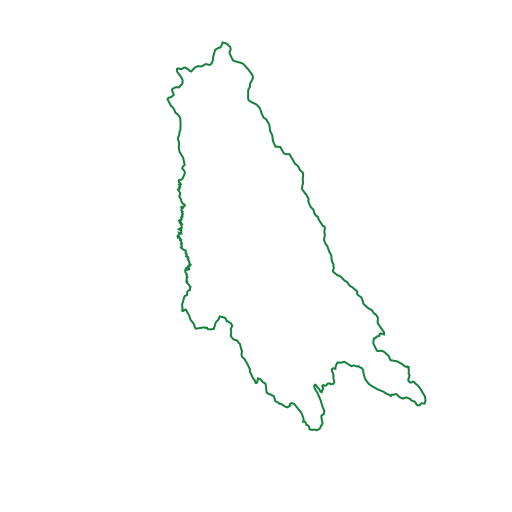 the district of Sukhirin, Narathiwat, Thailand, rotated 334°
{"feature_id": "78962969B83718835474136", "entity_name": "Sukhirin", "entity_type": "district", "adm_level": 2, "iso_a3": "THA", "parent_name": "Thailand", "parent_adm1": "Narathiwat", "projection": "equal_earth", "projection_center": [101.685, 5.911], "detail": "fine", "context": "isolated", "style": "outline", "palette": "green", "viewbox_px": 512, "rotation_deg": 334, "n_neighbors": 0, "source": "geoboundaries", "source_scale": "gbopen_adm2", "svg_char_len": 6099}
<svg xmlns="http://www.w3.org/2000/svg" viewBox="0 0 512 512"><g transform="rotate(334 256 256)"><path d="M165.7,272.7L166.2,273.5L169.0,273.1L169.4,273.5L169.8,280.5L169.2,284.4L170.3,289.7L169.8,293.8L170.1,295.0L177.9,297.3L179.2,298.6L180.4,298.8L180.6,300.5L182.5,301.9L186.2,303.0L190.8,298.0L194.5,296.6L197.0,294.4L200.7,297.5L201.3,299.4L201.2,301.9L202.2,302.5L202.8,303.9L203.9,305.4L204.1,308.3L201.3,310.5L200.1,314.2L198.5,316.3L198.3,317.8L199.4,321.4L202.1,323.8L202.3,326.2L203.0,328.3L201.9,332.8L201.8,335.3L200.0,337.8L199.3,339.7L199.4,340.8L200.5,343.4L200.9,349.0L200.9,355.1L199.9,356.9L199.7,358.2L199.9,359.4L199.7,363.7L200.4,367.5L200.0,369.8L200.5,370.3L201.5,370.2L204.2,366.9L205.7,368.4L206.9,372.5L208.3,374.3L208.5,375.3L205.7,383.5L207.2,386.0L208.7,387.1L209.3,388.3L210.6,389.7L209.7,394.9L211.9,397.8L212.3,399.2L213.7,399.8L216.0,403.9L218.1,405.9L221.3,405.3L221.8,403.9L222.4,403.7L223.6,403.9L225.5,405.8L227.9,416.4L227.9,418.7L227.5,422.5L226.9,424.3L225.8,425.6L226.8,425.8L227.3,426.4L227.5,427.3L227.3,429.8L228.2,430.6L228.7,432.2L228.7,433.7L228.1,435.3L230.6,437.1L232.3,437.5L234.4,439.3L235.9,439.4L238.4,438.7L239.9,437.2L242.3,435.9L243.9,430.1L244.7,428.4L245.2,428.0L247.6,427.8L249.0,426.0L249.5,425.2L249.6,421.4L250.8,414.2L251.2,406.5L250.7,400.9L251.1,398.9L251.6,398.1L252.9,397.6L253.2,398.0L253.6,400.7L254.4,402.8L254.5,406.2L255.3,407.2L256.4,405.9L258.3,404.9L258.5,402.1L259.2,401.5L260.0,401.6L260.8,402.7L262.2,403.1L264.7,402.1L266.4,402.9L267.1,404.1L269.5,404.8L270.9,403.9L271.5,402.7L271.8,400.2L273.8,396.0L273.8,392.7L274.2,391.5L274.6,391.0L276.0,390.7L277.9,392.2L278.5,391.0L281.2,388.3L282.4,387.5L283.0,387.6L284.9,388.9L289.0,389.8L293.4,396.8L295.8,397.1L298.2,399.6L299.8,399.9L300.7,401.9L302.1,403.3L302.2,405.6L301.2,408.6L300.2,414.3L301.2,420.2L302.8,423.3L307.0,429.4L311.0,433.7L313.0,437.1L315.0,439.4L315.9,440.9L317.4,440.2L318.7,441.0L320.6,441.2L321.8,441.9L323.2,445.9L325.6,448.7L327.1,448.5L329.6,449.4L331.9,452.1L332.4,453.9L333.5,455.3L334.6,456.2L335.2,458.2L335.1,460.0L336.1,461.4L337.4,461.8L340.3,460.9L342.9,462.6L345.2,459.9L346.3,456.1L345.3,445.6L344.8,443.7L343.4,440.6L342.7,438.2L341.9,437.6L340.6,437.8L339.1,437.4L338.3,435.3L338.9,433.3L340.5,432.4L340.9,431.3L341.7,430.5L341.7,428.4L343.5,425.3L343.8,423.8L344.6,422.9L344.0,422.1L343.6,422.6L341.2,420.0L339.5,416.5L336.6,412.5L331.2,408.6L331.5,404.4L329.6,399.4L328.8,397.8L327.3,396.2L323.5,394.7L323.1,392.9L323.1,386.3L323.8,384.7L325.8,381.8L327.5,382.3L328.9,381.3L331.9,381.9L332.7,380.4L334.1,380.2L336.7,382.6L337.6,380.9L335.9,369.6L338.4,365.2L338.4,363.2L338.0,361.1L336.9,359.6L336.4,355.3L334.2,352.6L331.6,346.1L332.2,343.7L332.5,339.2L330.6,336.0L330.4,334.1L331.4,332.3L330.8,330.5L329.8,328.8L329.1,326.6L327.2,323.9L326.6,319.9L324.8,316.8L322.8,311.2L320.3,308.3L318.4,303.7L319.2,302.3L320.4,301.4L321.2,299.3L322.0,297.1L321.9,294.5L322.3,292.7L324.0,288.3L323.7,284.1L324.5,277.9L323.8,275.8L324.1,271.7L324.9,270.2L327.1,267.5L328.0,264.2L330.0,261.4L330.5,259.5L329.3,258.5L328.3,250.3L328.8,248.3L327.3,245.1L327.2,243.0L327.9,239.5L326.6,235.9L326.8,231.5L327.1,229.4L328.2,228.0L328.3,223.5L327.7,221.9L326.7,215.9L328.7,212.8L330.2,211.2L331.7,207.4L334.0,203.6L334.7,201.8L333.2,198.3L333.2,193.7L331.5,190.1L330.8,179.2L327.4,177.6L326.3,176.4L325.9,174.8L325.6,168.6L321.4,166.2L321.5,162.3L321.8,159.7L323.6,154.3L323.4,150.3L325.4,144.2L325.3,140.0L325.1,137.6L323.5,135.1L323.5,130.3L324.2,125.5L324.0,123.7L322.8,120.0L319.4,115.7L317.6,112.7L318.2,110.4L321.9,103.2L324.8,101.2L325.5,99.5L326.7,98.1L330.9,95.2L332.0,92.9L332.0,91.1L330.8,84.7L329.0,78.5L328.0,76.6L322.2,71.5L321.0,69.9L321.1,63.0L321.6,61.2L323.1,60.0L324.0,58.6L324.5,56.6L323.6,55.0L323.3,53.0L319.6,49.4L316.5,52.3L315.3,53.0L314.0,52.5L309.6,52.8L305.1,57.9L303.0,61.2L300.8,63.3L299.5,63.9L298.0,63.9L294.9,61.4L290.3,61.8L287.3,60.1L285.7,59.8L283.7,59.8L278.7,61.8L277.7,60.7L277.1,58.9L275.3,55.9L274.0,55.1L271.2,55.4L269.6,54.7L268.8,53.5L267.2,53.1L266.2,54.5L266.0,56.4L267.1,62.4L267.2,64.9L266.8,66.6L265.6,68.5L264.4,69.4L262.8,69.6L261.1,70.6L259.6,70.3L258.4,69.2L254.9,69.1L253.5,69.6L252.9,71.3L253.1,73.4L252.5,75.2L249.7,76.0L246.8,75.4L245.2,76.3L245.4,84.1L246.2,85.6L246.6,87.8L246.5,92.3L247.5,93.8L248.4,97.6L248.0,99.8L245.5,105.5L243.4,109.4L242.1,110.5L239.6,114.0L238.3,114.9L237.1,116.4L236.6,120.4L235.6,122.4L234.6,123.6L233.3,127.4L233.0,129.2L233.6,135.7L231.8,142.9L229.3,143.6L228.0,145.0L228.9,148.3L228.6,150.1L224.1,154.2L222.6,154.6L219.8,154.1L219.2,155.8L219.9,158.3L218.2,158.0L218.2,159.1L218.7,159.9L218.5,160.5L217.0,160.4L216.9,162.0L215.0,162.0L215.5,165.6L214.9,167.3L213.4,168.3L213.2,170.3L213.5,171.6L212.9,174.1L213.0,176.7L213.8,177.4L214.3,179.4L213.4,179.5L211.6,180.7L210.9,179.1L210.4,179.1L210.1,180.8L208.8,182.2L209.6,184.0L208.3,184.7L208.7,186.2L207.8,186.6L207.1,188.6L206.7,188.6L206.4,187.9L205.6,188.6L205.2,190.6L204.1,191.0L203.6,190.5L203.2,191.1L202.8,190.5L202.3,190.6L202.2,192.7L203.2,192.8L203.1,194.0L203.4,194.1L203.5,194.9L202.4,194.7L202.3,196.6L201.5,198.3L200.9,198.8L200.3,197.9L198.4,198.0L199.4,199.6L200.0,199.5L200.1,199.9L199.9,200.8L198.8,201.6L198.7,203.0L197.8,202.3L197.4,202.4L196.9,201.7L196.8,202.8L194.3,203.5L193.9,205.4L195.5,205.3L195.2,207.0L195.9,208.6L195.6,209.0L194.8,208.8L195.2,210.1L194.8,211.2L194.8,212.5L193.9,212.4L193.5,215.2L192.2,215.5L193.4,218.3L195.3,220.4L193.9,222.7L194.0,223.1L194.6,223.0L194.7,223.4L193.7,225.1L193.0,225.5L193.2,226.1L194.4,226.5L194.4,228.4L193.1,229.1L193.6,231.5L193.0,233.2L193.4,235.1L192.4,234.9L191.9,236.0L191.5,236.2L191.2,236.0L191.4,235.2L190.4,235.4L189.9,236.2L190.3,238.2L190.1,238.7L189.2,238.7L187.7,238.1L187.8,236.4L186.8,237.0L185.9,238.2L185.4,240.0L185.8,242.2L185.1,242.7L185.1,244.9L184.2,245.0L182.9,247.8L183.0,248.6L182.2,248.4L182.1,248.8L182.4,250.6L183.0,251.9L183.2,254.5L183.6,255.1L182.8,255.7L181.8,257.6L180.1,257.4L178.6,258.0L177.0,260.8L174.1,260.8L168.2,267.4L166.9,271.1L165.7,272.7Z" fill="none" stroke="#15803d" stroke-width="2"/></g></svg>